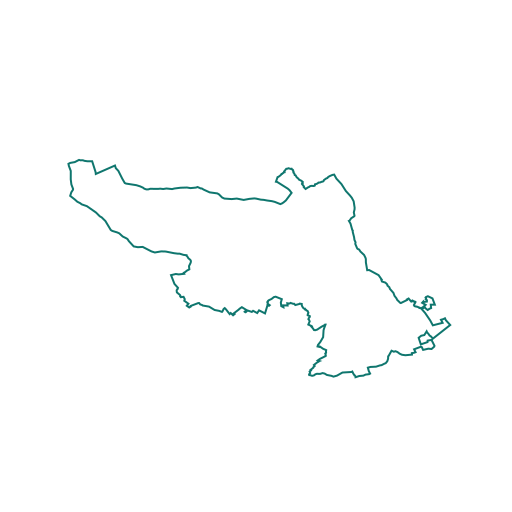 Chinteni, Cluj, Romania (Robinson projection), rotated 196°
{"feature_id": "2599482B62695638429632", "entity_name": "Chinteni", "entity_type": "district", "adm_level": 2, "iso_a3": "ROU", "parent_name": "Romania", "parent_adm1": "Cluj", "projection": "robinson", "projection_center": [23.558, 46.886], "detail": "fine", "context": "isolated", "style": "outline", "palette": "teal", "viewbox_px": 512, "rotation_deg": 196, "n_neighbors": 0, "source": "geoboundaries", "source_scale": "gbopen_adm2", "svg_char_len": 6071}
<svg xmlns="http://www.w3.org/2000/svg" viewBox="0 0 512 512"><g transform="rotate(196 256 256)"><path d="M451.2,262.6L445.8,260.4L442.7,258.9L439.5,258.3L437.8,257.6L432.3,257.3L421.8,253.7L417.1,251.1L415.0,250.6L410.4,248.1L402.8,241.0L401.1,240.5L395.8,240.4L393.7,240.1L389.5,238.0L385.2,237.2L384.1,236.8L382.4,235.3L376.2,231.5L372.0,231.9L367.4,233.5L357.8,231.6L354.2,231.5L348.4,234.3L344.1,235.4L335.6,236.1L331.7,236.7L330.1,237.2L326.0,237.1L323.0,237.6L322.9,237.1L322.0,236.7L320.4,235.2L318.1,234.2L317.3,233.4L317.0,232.5L317.0,231.3L317.6,227.8L316.4,224.8L318.3,223.0L319.7,221.0L320.8,219.9L320.1,219.1L325.2,217.0L328.1,216.6L332.4,214.2L326.7,206.7L322.2,203.9L322.3,202.5L322.6,202.3L322.8,201.4L322.7,200.7L322.0,199.2L318.4,197.6L317.4,196.5L317.6,196.2L316.9,195.7L314.4,196.8L312.6,194.9L312.6,193.2L307.8,191.5L308.8,189.1L306.0,188.1L304.9,189.3L305.2,189.6L305.0,190.0L298.6,194.8L297.7,195.1L296.3,194.1L294.2,194.0L293.6,193.7L287.2,194.4L280.9,192.7L276.3,193.1L273.3,192.9L273.0,193.4L272.5,196.2L271.7,197.3L270.1,196.4L265.3,192.9L264.6,194.2L261.7,192.7L260.6,194.3L261.5,194.8L257.7,199.9L257.4,200.6L255.5,202.9L250.2,201.4L251.5,199.3L251.0,199.1L250.7,199.5L250.3,199.3L249.1,201.3L244.6,201.1L243.7,202.5L239.1,201.5L238.1,204.6L231.5,203.3L231.4,211.5L231.1,211.7L229.8,211.7L229.3,212.5L231.0,213.1L231.6,213.0L231.7,214.2L232.3,214.5L232.4,215.2L231.9,215.9L232.0,216.3L231.6,216.9L229.2,219.0L227.5,221.4L225.9,222.3L219.3,221.6L219.3,218.1L217.9,214.8L215.5,214.3L216.2,216.1L212.0,217.1L212.9,219.2L212.0,219.3L211.9,219.0L211.7,219.0L210.1,220.0L209.9,220.4L207.0,220.3L206.2,220.6L204.7,219.7L201.0,221.9L200.8,222.3L198.8,222.5L198.5,221.4L197.7,220.3L196.3,219.1L194.5,218.4L194.3,218.6L193.9,218.0L193.1,218.1L192.6,217.6L191.3,217.4L190.0,215.9L190.2,214.2L190.0,213.3L187.8,213.1L187.5,212.4L188.2,210.6L188.2,209.7L187.6,209.4L186.4,208.0L186.8,204.5L183.3,204.0L182.9,203.8L183.2,203.3L181.3,202.1L179.8,200.8L178.6,201.0L176.9,202.1L173.5,206.1L171.0,208.5L170.7,209.1L170.3,209.2L170.6,205.2L170.6,203.3L169.1,196.5L170.5,191.0L171.9,187.6L171.9,186.0L169.9,186.1L169.7,186.6L165.9,185.3L162.6,184.9L162.4,183.4L162.0,182.4L162.5,181.4L162.0,181.0L161.9,180.0L161.4,179.4L161.4,179.1L166.2,174.7L167.8,172.7L166.4,172.6L166.5,172.4L166.3,172.4L166.7,172.1L166.8,171.5L167.4,171.2L170.3,167.2L169.3,166.4L170.3,164.7L170.2,164.3L172.2,161.5L171.6,161.1L172.6,159.7L171.7,158.5L172.3,157.1L172.3,156.5L172.0,156.2L171.1,156.4L169.1,156.3L168.4,156.6L167.2,157.4L166.4,158.6L165.1,159.5L161.8,160.4L159.7,161.8L157.6,161.9L155.1,161.2L150.4,161.6L148.3,161.4L145.2,163.3L140.8,167.8L132.3,170.8L131.6,171.5L129.8,169.5L128.6,168.7L128.5,168.4L128.1,168.4L127.1,167.6L126.9,166.9L126.7,167.0L123.7,169.1L119.8,170.6L118.0,172.2L114.7,173.6L113.9,174.4L115.8,176.4L117.7,179.5L115.4,180.9L110.1,182.7L106.7,185.0L105.2,185.7L103.0,187.8L101.8,188.7L100.8,191.0L100.7,193.6L101.3,196.0L101.0,196.4L99.6,202.3L97.1,202.0L95.7,202.9L93.6,202.7L91.0,201.7L88.5,201.3L85.0,201.8L78.9,204.2L79.4,205.6L77.5,206.5L76.1,207.5L78.3,209.9L72.4,214.3L71.5,214.1L69.5,211.8L64.8,214.4L61.6,215.0L59.7,218.0L59.7,218.9L63.5,223.0L63.9,223.8L67.7,222.0L67.4,220.5L73.2,216.5L77.1,222.2L75.2,224.9L72.4,226.4L71.2,230.6L70.3,229.5L69.2,229.0L67.2,227.4L65.6,226.9L63.2,225.3L50.3,243.2L55.8,246.6L57.2,248.2L58.5,247.0L60.6,245.7L58.2,243.2L66.9,238.1L70.7,242.0L77.8,247.9L82.6,251.0L81.1,251.8L79.6,253.3L78.7,252.5L76.1,251.4L74.6,253.2L73.3,254.2L74.6,257.4L70.7,258.5L74.7,263.9L79.7,264.7L81.3,263.4L81.5,262.9L81.0,262.7L80.7,261.6L80.9,261.3L79.5,260.6L79.2,259.3L82.3,258.0L82.6,258.4L83.4,256.8L79.5,255.8L81.5,252.7L83.0,251.2L84.4,251.1L84.4,251.4L87.6,251.7L87.9,251.5L89.8,251.5L90.7,252.4L90.1,255.1L90.6,255.2L90.4,255.9L92.1,256.0L93.3,256.3L93.7,255.2L94.4,255.5L94.6,255.2L97.6,257.2L99.0,255.8L98.7,255.3L103.8,250.7L104.4,250.7L108.3,252.8L109.2,253.9L111.9,255.9L113.7,258.4L118.2,261.3L119.2,262.7L121.5,263.8L122.0,264.8L122.8,265.3L124.4,266.1L127.9,266.2L129.0,267.7L128.7,268.0L132.9,271.4L143.4,273.7L145.2,273.0L148.6,280.1L149.6,283.4L150.3,284.5L152.4,286.8L156.9,289.1L158.6,290.6L160.4,290.9L161.1,291.5L163.9,295.0L164.1,296.6L165.8,298.6L166.9,301.1L169.7,305.9L170.0,307.2L170.6,307.5L174.1,313.2L176.3,315.3L175.9,315.6L174.9,318.5L172.5,321.3L172.4,321.8L174.0,324.9L174.1,327.8L174.5,329.6L177.2,335.5L180.0,338.4L182.4,340.1L187.5,343.2L193.7,348.7L200.0,352.5L203.3,355.8L204.9,355.0L207.2,353.1L208.4,351.8L208.9,350.6L209.9,349.9L211.6,347.7L211.7,346.7L212.4,345.8L213.1,345.6L214.9,344.2L216.2,343.8L216.4,343.3L217.5,342.1L219.1,341.1L218.9,340.1L219.0,339.7L220.1,339.1L221.8,338.8L223.2,338.1L223.9,337.1L224.9,336.3L226.8,334.1L229.1,335.4L229.1,336.1L231.4,337.7L231.1,338.3L231.8,338.7L231.4,340.0L233.0,340.8L235.8,341.3L236.5,342.0L238.6,342.9L240.1,344.4L241.1,344.5L241.9,345.9L242.9,346.4L243.2,346.9L243.1,347.3L243.9,348.1L243.9,348.6L244.4,349.0L245.1,349.1L245.8,349.7L246.3,349.3L249.0,349.3L250.0,348.5L250.9,348.2L251.5,346.9L251.7,346.0L252.2,345.1L252.0,344.8L252.3,344.8L252.4,343.6L253.2,342.9L253.4,342.2L254.1,341.9L254.5,340.6L256.3,338.2L257.0,337.8L257.3,332.9L256.0,333.0L244.0,329.5L241.9,328.5L239.2,326.5L242.6,317.6L244.3,315.1L245.5,313.7L246.9,312.6L252.9,313.2L255.9,313.1L260.7,312.4L264.0,312.1L266.9,311.5L271.7,311.2L273.5,310.9L278.1,309.1L283.3,306.5L290.3,305.9L295.1,304.0L302.2,302.5L304.7,302.9L308.7,305.1L310.5,305.5L318.1,304.4L324.7,305.4L326.8,306.0L327.7,305.7L331.2,306.2L332.6,305.2L337.7,303.2L341.2,302.8L347.4,300.8L353.0,298.4L355.1,297.2L360.7,296.2L363.7,294.8L366.7,294.3L368.4,293.6L376.3,291.4L378.0,290.3L379.8,289.8L381.9,289.9L383.3,290.5L386.5,291.0L390.5,291.1L400.9,289.8L402.3,290.0L406.0,293.6L411.8,299.9L415.0,301.8L416.5,304.1L432.6,290.7L433.3,292.4L439.6,301.9L444.2,300.6L447.0,300.2L448.9,300.3L451.1,299.6L452.6,299.6L456.1,296.3L460.2,294.3L461.7,292.9L460.7,291.0L457.5,286.7L455.2,278.6L453.2,273.9L450.3,270.0L450.2,269.2L451.1,266.3L451.2,262.6Z" fill="none" stroke="#0f766e" stroke-width="2"/></g></svg>